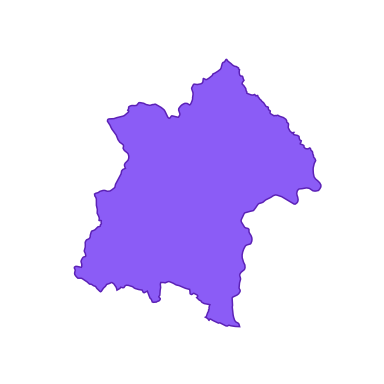 the district of Tay Hoa, Phú Yên, Vietnam, rotated 120°
{"feature_id": "81297802B36488646512837", "entity_name": "Tay Hoa", "entity_type": "district", "adm_level": 2, "iso_a3": "VNM", "parent_name": "Vietnam", "parent_adm1": "Phú Yên", "projection": "albers", "projection_center": [109.179, 12.914], "detail": "fine", "context": "isolated", "style": "filled", "palette": "violet", "viewbox_px": 384, "rotation_deg": 120, "n_neighbors": 0, "source": "geoboundaries", "source_scale": "gbopen_adm2", "svg_char_len": 5996}
<svg xmlns="http://www.w3.org/2000/svg" viewBox="0 0 384 384"><g transform="rotate(120 192 192)"><path d="M284.8,83.4L283.0,85.2L282.7,85.8L282.5,86.5L282.6,88.9L281.9,90.8L279.7,93.3L277.8,95.0L271.5,99.6L269.9,100.2L263.8,104.2L263.1,104.3L262.1,103.8L258.8,101.5L256.8,100.7L254.6,100.6L253.6,100.8L252.8,101.5L252.1,102.7L251.5,103.3L246.9,105.4L243.4,106.3L242.7,106.7L241.8,107.5L240.9,108.6L239.9,109.3L238.6,109.5L236.9,109.3L233.1,107.9L232.3,107.9L230.9,108.3L228.8,109.7L227.1,112.2L223.9,115.6L221.5,117.1L218.6,118.1L215.4,118.7L212.2,118.8L211.2,118.5L210.2,117.8L207.7,115.4L206.8,115.3L204.5,115.7L202.8,116.5L201.4,117.6L200.3,119.0L198.6,122.1L197.6,123.0L196.0,123.9L195.7,124.5L195.6,125.3L196.3,127.8L196.2,128.9L193.3,134.2L192.4,135.1L191.1,135.5L185.2,136.0L184.0,136.0L183.2,135.4L179.5,131.8L177.6,129.7L176.9,129.4L173.8,129.0L170.6,128.8L169.3,128.6L168.6,128.3L166.4,126.2L165.3,125.4L162.1,124.3L157.3,121.1L154.3,119.6L152.7,118.1L152.2,116.7L151.2,112.0L151.4,97.5L150.7,96.4L148.9,95.7L147.6,95.6L146.8,95.8L145.7,96.2L144.8,96.9L143.6,97.9L142.3,99.4L140.9,100.6L138.4,101.4L136.4,101.1L135.6,100.5L134.0,98.2L131.2,94.9L130.3,92.6L130.2,91.7L130.5,87.9L129.7,85.9L128.8,84.7L127.4,83.2L125.6,82.9L123.6,82.9L122.4,83.3L121.4,84.0L120.2,86.0L119.5,88.4L118.9,91.7L117.8,93.9L115.2,96.2L112.2,98.2L110.5,99.1L106.2,100.4L103.0,100.6L102.5,101.1L101.5,102.5L101.1,104.0L99.5,105.2L98.7,106.4L97.2,107.5L96.7,108.2L96.4,109.8L95.0,111.3L95.1,112.2L96.1,112.7L97.0,113.6L97.6,115.2L97.4,117.1L95.9,118.3L95.8,118.6L95.8,119.9L96.3,122.2L95.8,122.6L94.2,122.6L93.0,123.0L93.0,124.6L92.8,125.0L91.6,126.2L90.6,126.9L90.3,127.4L90.3,129.1L91.4,132.3L91.4,132.8L90.9,133.3L90.5,133.5L89.5,133.5L89.9,134.2L90.9,134.8L90.2,137.7L88.5,140.4L88.1,140.8L87.7,141.1L85.0,142.3L84.4,143.0L84.2,144.7L82.9,145.7L82.1,147.1L81.8,150.0L82.6,154.0L82.6,155.9L83.0,156.6L83.7,157.1L84.2,158.3L85.0,159.1L84.9,163.0L84.8,163.5L84.0,164.3L83.1,164.5L82.6,164.9L82.5,166.5L81.9,167.5L80.6,168.2L80.4,168.9L80.8,170.1L80.8,170.9L78.9,174.6L78.5,177.0L78.0,177.9L77.6,180.0L76.9,181.2L76.7,182.1L75.6,183.4L75.8,183.8L76.8,184.7L76.2,186.5L77.6,187.7L78.3,189.3L78.8,192.2L79.0,193.9L77.7,194.8L77.3,195.7L75.5,197.2L74.0,200.3L73.4,202.6L72.5,203.0L71.6,203.1L69.3,202.8L68.3,204.3L67.3,205.2L66.7,205.9L66.6,206.6L67.2,207.9L66.9,209.0L66.0,210.0L64.4,211.2L62.3,212.0L62.1,213.3L61.3,213.8L61.2,216.4L61.8,218.0L61.8,220.3L61.3,222.3L60.8,225.9L60.4,227.2L59.9,228.0L59.9,228.4L60.3,228.8L63.0,228.9L64.5,230.0L65.8,230.0L70.1,228.8L71.6,228.8L74.3,229.9L77.4,231.5L79.3,232.9L81.0,232.7L84.6,234.1L87.0,235.3L87.7,236.1L87.9,238.7L88.2,238.9L91.3,237.6L92.7,237.7L93.9,238.4L96.3,241.2L97.5,244.1L98.1,244.5L102.0,244.3L102.8,243.9L105.4,240.9L106.9,239.9L110.2,238.6L111.1,238.0L112.6,237.6L115.4,237.2L117.1,237.2L117.8,237.7L117.7,240.3L118.2,241.5L118.8,242.5L120.0,243.4L121.8,244.4L123.6,244.9L126.2,245.2L127.0,244.9L127.8,244.5L130.2,241.7L131.2,241.1L134.0,241.1L134.2,241.3L135.9,247.1L136.4,247.8L138.9,248.1L139.5,248.6L139.6,249.2L139.5,249.9L139.0,250.8L135.7,255.6L134.9,257.0L134.5,258.9L134.2,261.1L134.2,267.3L134.4,267.9L135.6,269.2L136.1,270.0L137.2,270.9L138.1,271.9L139.2,275.5L139.3,278.1L140.6,281.8L141.3,282.7L144.7,283.3L145.9,284.9L146.8,286.7L147.4,287.6L148.5,288.6L149.8,289.3L150.4,289.2L151.4,288.6L153.4,288.5L153.5,287.4L154.1,287.1L154.9,287.1L159.8,288.9L160.9,289.8L165.2,294.3L167.5,296.3L170.2,300.4L170.9,301.0L171.3,301.1L171.9,301.1L173.0,300.6L175.3,296.1L176.2,295.0L177.5,293.0L180.6,286.1L183.7,282.2L185.0,279.4L185.4,275.8L185.7,274.9L186.5,274.2L188.5,273.6L189.4,272.3L189.9,271.2L190.5,267.4L190.9,266.4L192.5,264.7L194.4,263.7L196.5,263.3L200.4,264.3L201.9,264.2L203.0,263.6L204.0,262.5L204.7,261.5L207.2,263.2L209.0,263.5L211.7,262.5L223.5,262.1L226.3,261.2L227.0,261.2L230.4,262.6L231.9,263.4L232.4,263.8L233.7,265.7L234.2,268.3L235.0,269.7L237.4,272.0L239.5,273.0L241.2,274.7L242.5,275.4L244.0,274.2L244.6,272.9L245.8,271.4L251.4,268.1L254.4,265.3L257.8,263.5L259.6,260.8L260.9,259.3L263.1,258.3L263.1,257.9L262.2,256.8L262.2,256.2L263.6,255.6L264.8,254.6L266.3,254.9L267.0,254.5L267.7,254.4L269.3,256.1L273.1,257.1L274.1,257.7L276.0,259.3L277.0,259.3L280.3,258.5L281.6,257.8L282.9,257.6L284.1,257.9L286.2,259.4L288.0,259.5L289.3,259.2L290.6,258.3L293.1,256.9L296.8,255.9L297.4,255.4L298.6,253.6L300.5,252.0L301.2,252.1L302.4,253.3L303.2,253.7L304.7,253.8L306.6,253.7L307.8,253.3L309.6,251.4L311.0,250.6L311.8,250.2L312.6,250.2L313.7,253.8L314.4,255.4L315.7,256.2L316.6,256.0L317.7,254.4L318.2,254.0L321.0,253.1L322.0,252.3L322.8,250.9L323.4,249.1L323.7,247.7L322.1,244.9L321.9,243.9L322.3,237.8L323.0,234.8L322.2,232.9L322.4,230.5L322.0,228.3L323.1,226.1L324.1,222.1L324.1,221.3L323.4,220.9L319.5,220.6L316.9,219.8L314.7,219.7L312.2,217.5L310.8,216.7L310.4,215.7L310.7,213.6L312.4,210.1L313.4,208.9L314.5,207.9L311.6,206.2L310.1,206.1L309.6,204.3L309.0,203.3L308.4,203.1L306.6,203.0L306.2,202.7L305.6,202.3L304.7,200.5L303.7,196.1L304.0,194.5L304.0,193.0L303.1,189.3L301.9,186.2L303.3,184.0L303.2,183.1L300.2,181.1L304.9,175.3L305.3,173.6L307.1,171.4L306.8,170.2L305.1,167.8L304.1,167.3L302.9,166.2L301.2,165.8L300.1,166.3L299.6,168.0L299.1,168.5L297.8,168.2L297.2,168.4L293.1,170.4L290.4,171.4L287.6,173.4L286.0,173.8L284.7,171.5L284.1,169.8L281.6,167.9L281.1,167.2L280.8,166.0L280.4,162.6L280.4,159.3L279.5,156.3L278.7,149.6L277.9,146.5L277.5,145.4L278.9,144.2L281.0,142.8L281.1,142.5L281.1,141.3L280.6,140.8L279.1,140.1L278.8,139.7L278.6,136.4L278.8,135.5L279.2,135.0L280.0,134.8L281.1,135.2L282.0,131.6L281.8,130.0L282.4,128.8L282.6,128.1L282.5,125.6L280.6,120.2L281.9,120.0L283.5,119.5L284.6,118.7L286.0,118.7L286.6,118.1L288.6,118.1L292.9,117.3L293.7,117.8L293.7,115.2L294.6,113.3L294.6,113.1L293.2,113.0L292.9,112.8L292.8,112.2L292.8,109.4L292.4,104.3L292.3,103.5L291.4,102.6L291.3,101.8L291.0,95.7L290.5,94.5L288.9,93.4L288.4,91.4L286.8,87.3L284.8,83.4Z" fill="#8b5cf6" stroke="#5b21b6" stroke-width="1.5"/></g></svg>